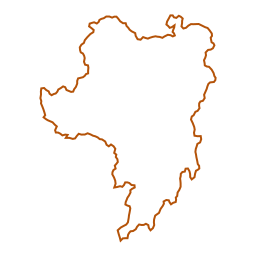 the district of Guaçuí, Espírito Santo, Brazil
{"feature_id": "56859067B34703696458597", "entity_name": "Guaçuí", "entity_type": "district", "adm_level": 2, "iso_a3": "BRA", "parent_name": "Brazil", "parent_adm1": "Espírito Santo", "projection": "mercator", "projection_center": [-41.708, -20.791], "detail": "fine", "context": "isolated", "style": "outline", "palette": "amber", "viewbox_px": 256, "rotation_deg": 0, "n_neighbors": 0, "source": "geoboundaries", "source_scale": "gbopen_adm2", "svg_char_len": 3808}
<svg xmlns="http://www.w3.org/2000/svg" viewBox="0 0 256 256"><path d="M211.8,33.5L209.6,30.4L207.6,28.0L205.2,27.2L202.2,25.7L198.7,24.0L195.8,24.1L193.4,24.2L191.0,24.1L188.4,25.6L186.0,27.8L183.4,28.5L181.5,26.4L182.1,23.1L182.1,20.9L182.7,18.5L180.7,16.7L178.8,15.8L176.3,17.9L173.9,17.3L172.7,15.4L170.4,15.4L169.0,18.1L167.1,21.5L166.4,24.5L168.4,26.2L169.7,27.8L171.9,27.1L174.5,25.3L174.2,27.5L173.3,29.6L172.6,31.9L174.0,33.4L174.8,35.5L172.8,36.4L170.6,35.2L167.8,34.8L164.4,36.5L162.4,37.8L159.6,36.9L157.5,36.7L155.5,36.3L152.6,36.9L149.7,37.8L147.9,38.6L145.6,38.0L143.1,37.1L140.6,39.7L137.6,39.2L135.7,35.9L135.2,33.1L131.6,31.3L129.6,29.7L128.3,27.8L126.5,25.9L125.7,23.2L123.0,23.2L120.2,21.3L118.2,18.6L116.5,16.7L114.2,16.7L112.1,17.6L109.3,16.5L106.3,16.5L103.8,18.2L101.3,18.9L99.4,20.0L98.7,21.9L96.8,23.5L94.1,22.3L91.9,22.9L89.7,23.6L89.1,26.4L91.2,27.9L93.7,30.0L93.3,32.2L90.4,34.0L87.3,37.2L84.8,40.2L83.9,42.9L81.4,44.7L79.8,47.3L80.1,50.3L80.8,52.4L82.9,53.5L84.1,55.7L84.7,58.1L84.0,61.8L85.1,64.7L88.0,65.4L88.4,67.7L88.1,70.6L88.1,73.4L86.0,74.1L84.8,75.8L83.0,77.2L80.2,77.9L78.1,78.4L77.2,80.9L77.2,83.6L75.9,86.9L74.1,89.3L73.2,91.6L71.1,91.9L68.7,90.9L66.5,90.0L65.2,87.2L63.1,86.4L60.6,88.2L58.3,89.5L57.3,91.7L55.7,93.5L53.8,94.0L51.6,95.2L49.6,93.7L48.7,91.4L46.3,90.1L44.1,88.0L41.3,88.4L40.9,91.4L41.0,94.5L40.4,98.2L41.3,101.1L41.0,103.4L42.2,106.2L43.4,109.3L44.4,112.4L45.2,115.2L43.6,117.3L45.9,119.1L47.7,120.2L50.0,121.2L52.6,122.3L54.8,124.7L56.8,126.4L55.1,130.2L55.8,132.5L58.2,132.6L60.3,133.7L62.4,135.4L65.2,134.6L67.6,134.9L65.8,137.9L69.5,137.9L72.8,138.9L75.1,138.4L76.8,136.0L78.7,133.8L81.4,134.6L84.9,134.5L87.6,133.3L90.5,134.4L93.0,135.7L95.3,136.3L97.7,137.4L99.7,139.1L102.0,139.4L105.2,141.5L106.6,144.8L108.8,146.3L111.0,144.5L113.6,146.3L115.3,148.8L114.2,152.9L116.3,154.6L115.8,157.0L117.4,159.2L117.8,162.0L116.5,163.7L114.8,165.6L115.6,168.6L113.5,170.0L112.5,172.1L112.3,174.3L114.0,177.4L115.2,180.6L115.6,183.7L114.3,187.5L117.1,187.0L120.1,186.2L122.3,186.8L124.0,185.0L125.2,182.4L127.4,182.4L129.3,183.0L131.5,185.0L134.5,185.3L134.7,187.5L132.1,188.8L130.3,190.3L130.5,192.5L128.9,195.6L127.5,197.6L126.6,199.9L125.7,202.1L125.4,204.5L127.5,205.6L129.6,206.2L130.3,208.3L129.9,210.7L129.5,212.9L129.0,215.2L128.7,217.9L127.9,222.4L126.2,224.6L123.5,226.0L120.8,227.5L117.7,230.3L118.7,234.0L119.8,237.5L120.6,240.6L122.8,238.4L125.2,238.2L127.5,238.2L128.1,234.7L129.2,232.8L130.5,231.3L133.1,231.0L135.8,229.2L137.1,226.7L139.1,224.5L141.7,225.0L143.8,224.9L145.9,223.8L148.3,225.1L148.8,227.8L150.5,230.3L152.9,228.2L154.2,225.1L153.9,222.2L154.1,219.4L155.2,215.6L157.0,214.3L159.0,212.9L160.6,208.9L162.7,206.0L163.9,203.7L163.6,201.5L166.3,200.0L168.8,200.3L169.6,202.3L171.0,204.3L173.1,202.8L175.7,202.0L176.1,199.7L175.8,197.6L177.2,196.0L177.6,192.5L179.3,189.9L180.6,186.8L180.6,183.2L180.4,180.9L180.1,178.5L180.7,176.1L180.8,173.8L182.4,172.0L184.8,171.6L185.6,168.7L187.9,168.5L189.5,171.3L190.1,173.9L190.2,177.1L191.7,179.4L194.5,177.2L195.1,173.6L196.0,170.7L197.8,169.8L199.3,168.5L199.1,165.8L197.8,164.1L197.2,160.8L196.4,157.2L196.0,154.5L195.4,151.9L195.8,148.9L196.7,146.3L197.4,143.9L200.1,142.4L201.2,139.2L200.7,136.1L197.5,136.2L194.5,135.7L194.0,132.7L194.7,129.6L194.2,126.9L192.7,123.0L191.0,119.5L191.8,116.5L193.6,115.3L195.4,111.8L197.6,110.9L199.5,108.2L199.1,105.9L199.2,103.3L200.4,101.5L202.9,100.8L204.7,98.1L204.1,94.8L205.3,92.1L206.7,88.9L207.4,86.4L208.4,83.9L210.1,82.4L213.9,82.0L215.3,80.2L215.6,77.8L214.4,76.1L213.6,73.1L211.7,69.7L209.0,66.8L206.8,66.5L204.8,65.4L204.6,63.1L204.0,60.2L205.3,57.6L206.0,55.2L205.6,52.5L208.1,49.9L210.7,49.6L212.9,48.3L214.4,45.3L213.5,43.4L211.6,42.3L211.1,39.9L210.7,37.7L212.0,35.9L211.8,33.5Z" fill="none" stroke="#b45309" stroke-width="2"/></svg>